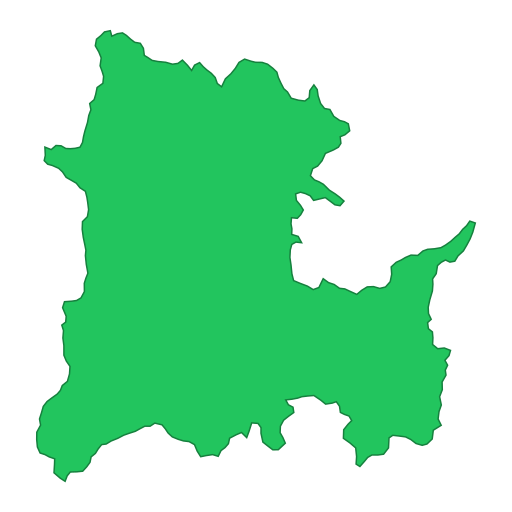 outline of Cataguases, Minas Gerais, Brazil
{"feature_id": "56859067B63513924392946", "entity_name": "Cataguases", "entity_type": "district", "adm_level": 2, "iso_a3": "BRA", "parent_name": "Brazil", "parent_adm1": "Minas Gerais", "projection": "natural_earth1", "projection_center": [-42.658, -21.332], "detail": "fine", "context": "isolated", "style": "filled", "palette": "green", "viewbox_px": 512, "rotation_deg": 0, "n_neighbors": 0, "source": "geoboundaries", "source_scale": "gbopen_adm2", "svg_char_len": 4358}
<svg xmlns="http://www.w3.org/2000/svg" viewBox="0 0 512 512"><path d="M313.9,84.9L309.8,90.6L309.2,97.7L304.9,101.0L298.4,100.2L291.2,98.2L287.5,92.0L283.8,88.7L280.9,83.1L278.3,77.4L276.9,72.2L273.0,68.4L267.6,64.2L262.1,62.4L255.5,62.3L251.0,61.2L244.6,59.1L239.0,62.4L235.3,68.4L230.9,73.8L225.4,78.8L221.6,86.8L217.3,83.5L215.2,77.5L211.3,73.3L206.9,70.0L203.2,66.7L199.6,62.6L194.6,65.1L191.6,70.5L187.5,65.3L182.4,60.1L178.0,63.4L172.5,64.2L165.8,62.3L157.9,61.5L152.1,60.4L148.1,57.7L144.3,55.4L143.4,48.3L140.3,43.3L134.7,42.3L130.6,39.2L126.4,35.4L122.5,32.9L117.3,33.7L111.8,36.2L110.3,30.7L104.5,31.9L100.9,35.6L96.5,39.2L95.3,45.8L98.8,51.9L101.2,57.9L100.1,65.8L102.2,71.6L103.6,76.3L102.9,83.3L97.1,87.5L95.7,94.4L94.1,99.7L89.7,103.5L90.9,109.8L88.8,115.4L87.5,122.5L84.9,131.0L83.5,136.7L82.5,142.5L80.0,147.2L75.2,148.3L70.4,148.7L65.8,148.5L61.1,145.8L56.0,145.5L51.2,149.6L44.9,147.1L45.3,155.4L44.2,160.6L47.7,164.2L52.4,165.5L58.7,168.3L62.5,171.9L66.2,177.4L71.9,180.6L76.3,183.2L80.0,187.8L85.4,191.3L86.9,197.2L87.7,202.3L88.6,209.7L87.4,216.7L82.5,221.6L82.2,229.3L83.3,237.4L84.9,245.1L85.9,250.2L85.4,255.6L86.3,264.4L87.9,273.2L85.9,278.2L84.3,283.3L84.4,291.6L81.0,297.9L76.6,300.5L71.6,301.2L64.5,301.7L62.6,307.7L66.2,316.3L65.7,322.1L61.8,325.1L63.5,330.6L62.9,338.0L63.9,345.7L63.9,355.2L66.3,361.0L70.0,366.4L69.5,374.0L67.4,381.4L62.3,385.5L60.4,390.4L57.2,394.1L51.9,397.9L47.1,401.5L43.3,406.4L41.5,412.7L39.5,419.0L40.6,425.1L36.8,432.2L36.7,439.5L37.4,447.0L40.1,453.0L45.0,454.6L49.2,456.9L54.7,458.8L54.5,464.4L54.0,472.8L60.4,478.3L65.1,481.3L67.2,475.8L70.3,472.0L76.8,471.8L82.7,471.2L86.8,466.7L90.0,462.3L91.1,456.9L95.4,453.4L98.1,449.0L101.6,444.6L106.2,444.0L111.1,441.0L117.8,438.3L123.7,435.2L129.1,433.3L135.3,431.3L140.2,428.6L144.8,426.2L150.1,426.2L154.8,423.1L162.0,424.8L165.3,428.8L168.1,433.0L172.3,436.9L178.2,439.3L183.4,440.9L189.1,441.6L194.5,444.6L197.2,451.1L200.7,456.7L206.0,455.6L212.6,454.6L218.2,456.3L221.0,450.6L225.0,447.6L228.4,443.7L229.6,438.2L236.3,434.7L241.5,432.5L246.7,437.6L249.0,431.4L251.7,422.9L258.0,423.4L261.0,427.6L261.0,433.3L262.9,442.1L267.7,445.9L272.8,449.8L278.3,449.7L285.3,443.2L282.9,437.6L280.1,432.7L280.4,426.2L283.6,420.2L288.5,416.3L293.8,412.5L293.0,407.2L288.4,404.8L285.7,399.9L291.9,399.2L297.7,398.1L301.8,396.7L307.7,396.0L313.9,395.5L320.7,400.1L325.6,404.1L332.2,403.1L336.3,401.7L339.5,406.2L340.4,412.4L344.4,414.4L349.0,416.0L351.7,420.6L348.1,424.2L343.7,429.7L343.4,438.3L349.9,442.9L355.7,447.9L356.6,456.6L356.1,464.1L359.9,466.5L364.5,461.3L367.7,457.4L371.9,455.0L377.8,455.0L383.6,454.2L388.5,447.9L389.0,437.9L392.8,435.3L399.0,436.0L405.6,436.9L410.8,439.5L416.0,443.5L422.2,445.3L427.0,444.0L432.2,439.0L433.3,430.2L441.2,425.3L438.1,419.0L439.0,411.6L441.3,405.0L439.6,396.7L442.3,389.7L442.1,382.0L446.0,375.1L445.3,370.1L447.6,365.2L444.9,360.3L449.0,355.6L450.5,350.4L444.3,348.0L437.7,348.7L432.6,344.5L432.9,337.7L432.4,331.9L428.4,328.7L427.6,322.6L431.2,319.3L428.5,313.6L428.2,307.3L429.8,299.8L432.4,291.0L432.9,284.2L432.6,278.9L436.2,273.7L437.5,265.6L441.2,262.3L445.5,260.0L449.9,262.1L454.8,261.2L458.0,255.9L463.4,250.9L466.9,244.9L470.1,238.9L472.8,232.1L475.3,223.0L469.8,221.1L466.6,225.7L462.7,229.3L459.2,233.9L455.3,237.2L450.7,241.4L445.5,245.1L440.9,247.7L434.3,248.8L427.6,249.3L422.9,251.0L417.8,255.4L411.0,255.1L405.4,257.5L401.2,260.0L396.2,262.3L391.2,266.9L391.7,274.3L390.2,281.7L385.5,287.0L379.7,288.4L373.5,286.6L367.2,286.9L361.7,290.3L356.8,294.4L350.6,291.6L344.8,288.9L339.5,288.3L334.2,284.5L328.5,282.6L323.2,278.7L318.9,287.5L313.2,289.6L307.4,286.1L300.0,283.3L293.6,280.6L291.9,273.8L291.0,265.0L289.9,257.5L290.3,249.8L291.8,244.4L295.9,242.1L301.6,242.7L298.2,236.4L291.7,234.4L291.9,228.8L291.0,223.8L291.5,217.7L297.3,218.3L300.7,214.7L303.3,210.0L300.5,205.4L296.4,200.4L295.6,193.9L300.5,192.2L305.5,193.6L310.2,195.8L313.6,200.4L319.4,199.0L325.3,197.6L330.3,201.3L334.9,204.8L340.0,205.7L344.0,201.1L339.6,197.2L335.2,193.9L329.4,190.2L323.4,184.3L319.0,181.8L314.4,179.9L310.4,175.7L312.7,168.6L317.6,166.1L322.0,160.8L325.4,153.4L333.5,149.9L338.4,147.2L340.9,143.3L340.2,136.7L344.9,134.8L349.7,130.8L348.3,123.8L344.4,121.7L339.8,120.5L333.8,116.4L329.9,109.5L324.5,108.5L320.6,103.5L318.1,95.9L317.2,89.5L313.9,84.9Z" fill="#22c55e" stroke="#15803d" stroke-width="1.5"/></svg>